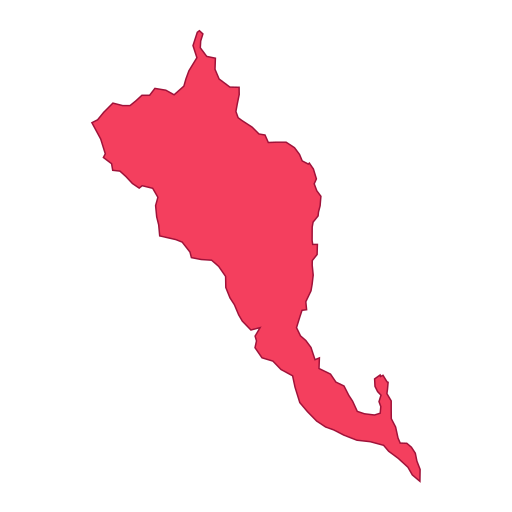 outline of Lofou, Limassol, Cyprus
{"feature_id": "46923920B39647267644657", "entity_name": "Lofou", "entity_type": "district", "adm_level": 2, "iso_a3": "CYP", "parent_name": "Cyprus", "parent_adm1": "Limassol", "projection": "orthographic", "projection_center": [32.884, 34.797], "detail": "fine", "context": "isolated", "style": "filled", "palette": "rose", "viewbox_px": 512, "rotation_deg": 0, "n_neighbors": 0, "source": "geoboundaries", "source_scale": "gbopen_adm2", "svg_char_len": 2087}
<svg xmlns="http://www.w3.org/2000/svg" viewBox="0 0 512 512"><path d="M91.9,122.7L100.7,139.0L105.3,153.8L103.4,157.5L111.6,163.7L112.7,170.3L119.9,171.1L126.0,176.6L132.4,183.5L139.2,188.1L142.2,185.7L152.7,188.3L157.9,197.3L155.6,205.6L156.7,216.9L158.7,224.9L159.7,235.9L175.9,239.6L182.2,242.1L190.0,252.1L191.4,257.6L201.1,259.5L211.6,260.2L218.7,266.4L225.6,276.4L225.8,287.5L230.0,297.9L234.4,304.7L238.7,314.9L242.3,321.1L250.9,330.0L260.1,327.6L255.1,336.1L256.5,340.9L255.0,347.7L262.0,357.8L272.9,361.1L281.0,369.5L292.6,375.8L295.0,387.1L299.8,402.6L307.5,411.7L316.7,421.1L325.6,427.0L333.7,429.9L344.0,435.2L356.9,440.2L370.3,441.7L383.6,445.3L388.6,451.2L398.3,458.4L407.9,467.2L412.3,474.9L415.6,477.7L419.9,481.3L420.1,469.4L416.9,461.1L415.3,453.2L411.4,447.2L406.8,443.3L400.2,443.1L398.0,438.0L395.6,427.0L391.3,418.7L391.2,409.4L391.2,400.9L386.9,393.6L387.5,389.2L388.1,382.3L387.0,381.8L383.0,375.3L380.5,376.5L380.1,375.0L374.6,378.9L375.0,386.4L377.6,391.6L381.0,395.2L379.0,401.6L380.8,406.6L380.2,413.2L374.5,415.0L364.5,413.8L357.6,411.5L357.3,411.4L357.2,411.2L352.6,401.2L348.8,395.4L344.0,386.0L335.9,382.1L330.5,374.1L319.0,368.5L319.4,357.9L315.0,359.7L311.0,347.5L305.8,340.5L300.5,335.9L296.5,327.7L299.7,317.3L302.0,310.3L306.6,309.7L305.8,301.7L311.0,290.8L312.1,284.4L313.2,275.1L312.2,265.2L312.3,260.5L317.1,254.5L317.4,244.4L312.7,244.4L312.1,240.3L312.2,227.0L313.1,222.1L318.1,215.9L318.5,212.0L320.1,205.8L320.9,196.3L316.8,190.8L314.2,183.8L316.4,178.9L313.4,169.0L309.3,163.1L308.3,164.1L302.2,160.9L299.5,154.4L294.5,147.7L286.1,142.2L281.3,142.2L276.1,142.2L268.3,142.5L265.0,135.0L259.0,134.0L252.2,127.2L241.9,120.5L238.1,117.7L235.9,111.5L237.2,104.3L239.2,94.5L239.1,87.3L229.9,87.1L219.1,79.0L215.0,69.3L215.4,58.2L206.7,56.4L200.3,47.8L200.7,41.0L202.9,33.9L199.4,30.7L197.3,32.3L193.0,45.6L196.9,57.7L188.9,70.8L185.9,79.0L183.9,86.1L174.1,94.8L165.8,90.2L154.9,88.4L149.6,95.3L141.9,95.3L135.7,101.0L130.0,105.6L122.7,105.6L112.9,103.1L103.8,112.2L97.6,119.8L91.9,122.7Z" fill="#f43f5e" stroke="#9f1239" stroke-width="1.5"/></svg>